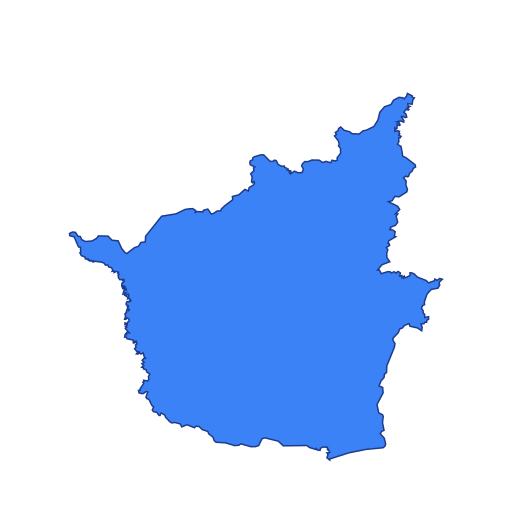 outline of Ambatomainty, Melaky, Madagascar, rotated 102°
{"feature_id": "10022922B59098628147577", "entity_name": "Ambatomainty", "entity_type": "district", "adm_level": 2, "iso_a3": "MDG", "parent_name": "Madagascar", "parent_adm1": "Melaky", "projection": "albers", "projection_center": [45.384, -17.814], "detail": "fine", "context": "isolated", "style": "filled", "palette": "blue", "viewbox_px": 512, "rotation_deg": 102, "n_neighbors": 0, "source": "geoboundaries", "source_scale": "gbopen_adm2", "svg_char_len": 6088}
<svg xmlns="http://www.w3.org/2000/svg" viewBox="0 0 512 512"><g transform="rotate(102 256 256)"><path d="M411.9,343.0L414.2,342.0L414.4,339.5L413.8,337.3L411.4,335.4L411.5,333.6L416.9,334.3L418.2,333.2L418.4,331.0L423.8,326.8L425.0,324.7L428.1,325.5L429.6,324.0L429.5,320.6L432.1,317.7L431.9,316.7L429.5,316.4L429.4,315.6L430.6,312.1L432.6,310.8L436.0,305.9L436.8,303.7L435.7,300.7L436.0,295.2L438.6,293.1L435.4,288.4L436.8,280.6L434.8,279.1L434.7,276.0L437.0,272.5L437.6,266.7L439.8,265.2L442.1,260.4L445.2,258.6L446.5,256.3L445.1,247.0L445.9,237.3L444.6,233.4L442.9,231.8L443.6,221.4L442.6,216.9L440.9,214.0L433.5,212.1L432.0,209.5L432.5,195.7L436.0,189.8L430.8,166.8L432.2,163.9L432.8,157.0L431.8,157.0L433.0,155.3L432.8,152.9L430.7,152.9L429.0,151.1L428.2,146.4L430.6,145.8L430.1,145.0L432.9,143.0L433.8,145.7L435.0,144.3L438.6,144.7L440.3,141.4L439.1,141.5L429.3,124.4L422.3,108.2L417.2,92.0L415.4,90.4L412.9,90.1L407.5,92.7L403.9,97.6L401.4,96.6L399.9,94.5L392.8,97.6L386.4,98.2L385.0,99.2L383.8,103.4L376.1,106.8L363.4,103.2L358.2,104.8L357.5,108.7L352.2,107.7L348.2,105.5L345.0,105.8L342.8,104.1L336.2,105.2L316.6,101.7L312.8,101.8L310.3,104.3L308.2,105.0L301.4,100.9L297.4,100.2L296.0,97.9L292.9,96.2L290.3,92.2L292.7,90.8L292.8,83.1L294.7,78.4L291.3,78.6L288.1,80.5L287.3,77.6L285.8,77.2L285.3,75.4L283.2,75.5L282.1,74.0L279.5,74.6L281.1,78.1L277.8,79.0L277.5,80.3L274.4,81.4L273.0,83.2L270.0,82.8L268.5,81.0L266.1,81.8L257.7,80.8L252.3,77.7L249.6,71.3L246.1,70.2L245.3,71.1L243.1,71.1L240.0,68.9L239.8,71.7L242.2,73.8L241.3,76.2L243.2,76.4L246.4,81.8L244.6,84.4L243.1,93.7L240.6,97.6L240.1,100.2L240.4,101.9L243.0,101.3L245.9,104.8L246.2,105.7L245.2,106.5L246.3,106.9L245.2,107.2L246.9,108.7L244.8,109.2L245.8,111.3L242.6,111.2L241.7,113.4L241.8,114.3L243.7,115.1L242.7,117.6L244.5,120.1L243.6,121.3L243.9,123.8L247.2,129.8L244.0,132.5L244.4,134.2L238.4,131.0L233.8,124.0L230.2,127.7L226.0,128.7L222.4,128.4L220.7,130.3L217.8,127.5L216.1,128.5L216.1,129.5L213.4,129.2L208.1,123.3L207.9,124.8L203.3,124.9L202.2,127.3L202.4,130.6L201.1,129.9L200.0,130.5L197.1,126.1L193.6,124.4L187.8,127.2L185.4,126.1L185.8,128.4L180.6,125.1L177.9,127.8L175.4,137.8L173.6,134.3L168.8,132.6L168.4,128.4L161.9,121.8L159.3,121.7L155.3,124.2L151.4,124.7L148.9,128.0L146.7,126.0L147.1,124.3L146.3,123.3L143.1,123.0L140.5,120.9L137.7,120.4L135.7,118.4L133.6,119.4L128.5,130.1L128.0,133.1L118.7,136.9L117.3,140.8L114.5,140.0L110.7,141.0L110.3,139.5L108.8,139.0L108.2,141.5L106.6,140.8L105.8,141.9L104.2,141.6L104.1,143.9L105.2,146.2L101.8,146.7L102.7,145.4L101.9,144.6L97.7,145.3L98.6,143.0L97.9,142.3L95.7,143.9L95.5,146.0L93.9,143.1L94.3,139.3L92.8,139.5L89.6,142.8L88.9,142.1L89.6,138.8L88.8,137.4L85.9,138.9L84.6,141.2L81.5,139.9L81.6,137.4L80.7,136.9L79.8,138.9L77.7,136.5L77.5,138.6L75.4,139.2L75.1,134.8L71.0,135.1L68.4,134.0L68.3,136.1L66.9,136.5L65.5,141.7L68.1,141.9L71.5,143.7L70.7,145.4L71.1,149.2L74.9,153.8L79.8,155.5L83.3,161.3L89.7,164.8L97.7,165.0L104.8,167.6L110.0,174.2L111.3,177.3L115.2,180.4L116.4,187.5L115.0,190.2L114.7,195.9L112.2,200.0L114.1,201.7L116.2,201.7L118.7,204.1L120.4,202.6L122.2,204.2L126.3,199.4L129.4,197.8L131.2,198.2L132.9,195.8L137.9,194.6L143.1,197.1L145.2,196.3L146.6,198.3L146.5,201.5L149.3,202.4L148.9,207.3L150.7,210.3L149.1,214.2L150.5,221.3L152.9,224.8L153.5,227.9L156.1,229.7L158.4,230.1L161.3,227.6L164.9,228.4L165.8,232.4L165.0,235.9L168.6,239.5L167.1,241.0L166.4,239.4L165.6,239.6L165.4,242.3L164.3,242.8L165.2,243.6L163.8,244.2L163.3,246.5L162.1,247.1L162.9,249.4L161.9,253.4L158.5,256.0L158.4,257.9L159.8,258.9L160.5,261.9L155.5,269.5L156.0,272.2L159.3,278.3L160.4,279.4L162.7,279.5L164.2,281.4L165.8,281.5L167.9,280.6L169.2,275.6L170.4,276.7L173.1,275.8L176.6,278.3L179.4,276.2L184.4,275.8L185.1,274.5L183.6,273.4L185.0,272.6L187.3,273.4L190.4,276.9L194.0,277.0L193.1,280.7L199.7,285.5L202.7,291.5L205.7,290.4L213.2,296.9L217.3,299.7L219.1,299.9L220.1,303.4L223.5,306.8L224.2,308.6L220.1,312.9L222.2,316.9L223.9,317.2L224.8,323.1L226.0,324.4L224.0,324.5L222.8,327.7L223.7,331.1L225.2,335.0L231.4,343.0L236.7,356.6L259.7,368.1L265.2,367.2L266.7,371.5L270.9,372.9L273.1,376.6L280.5,382.9L279.9,384.9L276.5,389.0L269.8,394.0L270.5,400.1L267.3,404.9L269.1,414.3L271.9,415.6L275.4,419.5L277.3,426.0L276.1,430.1L273.5,431.8L273.7,434.1L270.4,437.6L270.7,440.5L272.7,443.1L274.9,442.3L275.0,437.9L283.1,432.2L284.1,431.2L283.9,429.5L289.1,428.2L289.5,428.9L291.9,427.0L292.7,422.7L294.3,422.4L293.9,419.8L294.5,420.1L295.3,418.1L294.6,417.9L295.3,417.0L294.6,416.1L295.6,414.9L294.6,414.3L295.5,413.3L294.6,412.4L294.2,406.1L294.4,403.4L296.2,401.4L295.7,399.0L297.4,397.7L297.4,394.9L300.0,393.0L300.8,393.4L300.2,391.8L301.7,391.4L300.2,389.6L300.5,387.1L301.6,387.6L302.5,386.3L303.2,386.9L305.9,386.0L307.5,384.2L306.7,382.0L307.8,381.5L306.5,380.3L308.7,379.6L310.5,381.5L312.7,381.2L312.9,378.0L314.1,377.5L314.1,379.1L313.3,379.4L313.8,380.7L315.6,379.5L314.6,376.7L316.0,375.8L316.6,377.9L320.8,378.2L319.0,375.6L321.5,376.6L322.6,373.9L320.8,374.3L319.8,373.0L321.3,372.1L324.6,372.7L323.9,370.7L325.8,369.0L326.4,369.3L325.7,370.3L327.2,370.7L327.4,372.7L329.3,373.2L330.8,372.7L331.1,370.6L331.8,370.4L332.0,371.3L334.3,370.7L333.9,369.7L335.2,368.7L336.1,369.3L335.6,371.1L337.8,371.3L338.9,370.5L338.3,371.3L340.1,372.2L341.7,371.0L345.2,371.4L345.0,370.1L343.3,369.3L344.2,367.1L345.8,366.6L347.9,368.0L349.1,367.8L348.7,370.2L350.4,369.9L350.1,368.6L350.9,367.7L352.3,369.0L352.6,367.7L354.2,368.7L357.5,364.0L357.7,366.5L359.5,366.3L358.9,367.1L359.8,367.7L362.7,367.6L362.3,366.4L363.8,364.7L363.8,358.8L366.6,357.8L365.8,356.2L364.7,356.9L364.2,355.3L366.8,354.2L368.2,355.4L370.1,354.4L372.0,355.5L374.2,352.6L373.8,349.8L374.8,351.7L376.6,352.6L376.4,351.0L375.0,350.1L375.8,348.2L374.3,346.2L378.4,344.0L379.1,342.1L379.2,344.2L381.7,345.7L383.2,343.3L385.0,345.3L386.3,343.0L388.6,344.6L388.5,342.9L389.9,342.5L390.0,340.0L392.2,338.7L393.6,335.2L396.3,336.2L398.9,335.2L400.8,335.9L400.9,340.0L401.9,339.5L402.9,340.4L404.0,339.3L409.8,341.7L411.2,341.3L411.9,343.0Z" fill="#3b82f6" stroke="#1e3a8a" stroke-width="1.5"/></g></svg>